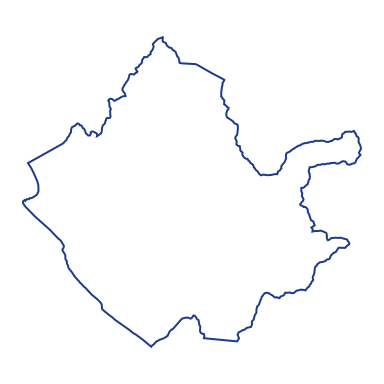 Ascope, La Libertad, Peru (Albers equal-area conic projection)
{"feature_id": "86281439B48399127015258", "entity_name": "Ascope", "entity_type": "district", "adm_level": 2, "iso_a3": "PER", "parent_name": "Peru", "parent_adm1": "La Libertad", "projection": "albers", "projection_center": [-79.075, -7.694], "detail": "fine", "context": "isolated", "style": "outline", "palette": "blue", "viewbox_px": 384, "rotation_deg": 0, "n_neighbors": 0, "source": "geoboundaries", "source_scale": "gbopen_adm2", "svg_char_len": 5970}
<svg xmlns="http://www.w3.org/2000/svg" viewBox="0 0 384 384"><path d="M285.8,155.1L286.2,158.2L284.9,161.3L284.3,162.5L281.6,165.7L281.2,166.9L281.4,168.2L280.8,168.8L280.2,170.1L278.1,171.6L277.6,172.6L277.6,173.6L277.3,174.2L274.9,174.1L270.9,175.0L267.2,175.2L263.5,174.6L261.1,175.3L259.5,174.3L257.6,171.4L255.8,169.9L254.9,168.3L253.9,167.4L252.9,164.5L252.1,164.2L250.2,162.7L249.6,161.3L248.5,160.7L247.6,159.0L246.0,158.7L243.9,157.3L242.3,154.6L242.6,152.5L241.0,151.3L240.4,150.4L239.8,146.2L238.0,145.8L236.4,144.4L236.7,142.2L236.3,140.3L235.2,138.4L235.6,136.8L236.9,135.1L237.3,133.8L237.9,128.3L237.7,125.2L237.5,124.7L234.5,123.3L232.6,121.0L227.1,117.4L226.4,115.5L226.3,113.4L227.3,110.3L228.5,109.1L228.5,107.7L227.2,107.1L226.1,105.7L224.1,104.3L224.3,100.3L222.7,98.6L221.2,96.4L221.3,91.8L221.9,87.0L222.6,84.9L222.4,83.4L224.2,80.4L224.3,79.8L209.7,72.0L197.6,65.0L195.4,64.1L181.3,63.3L179.5,62.8L179.4,60.6L178.7,58.9L178.5,57.6L177.2,56.3L175.8,52.3L174.2,50.7L172.5,49.8L171.6,48.1L169.4,47.6L167.4,46.0L166.8,45.4L165.8,42.9L163.9,42.2L162.7,41.4L162.6,39.4L162.9,37.3L162.5,37.3L157.8,39.0L152.9,43.9L152.8,44.2L153.5,46.0L153.6,47.1L152.4,50.0L150.6,52.1L150.6,54.2L149.3,54.9L146.8,57.3L145.1,57.0L143.9,57.2L143.4,58.5L142.4,59.4L141.9,62.3L141.4,63.4L139.2,65.3L138.3,67.0L135.9,68.0L135.6,68.4L136.4,70.4L137.4,71.5L136.9,72.6L135.9,72.7L133.9,74.6L131.7,74.0L130.0,74.3L129.5,74.8L128.2,79.5L124.6,84.7L122.5,88.5L122.5,90.4L124.5,93.0L125.3,94.7L125.5,96.1L123.4,96.2L121.8,96.7L118.6,98.8L117.1,99.2L115.8,100.3L114.7,100.8L113.6,100.4L112.6,99.3L110.6,98.7L109.8,98.9L108.3,100.3L108.4,101.0L109.1,101.7L109.3,102.6L109.5,106.7L110.6,108.3L110.8,109.2L110.2,110.7L110.1,111.6L110.5,116.8L109.9,117.8L109.0,118.1L107.0,118.0L106.1,119.0L105.9,120.4L105.3,121.3L105.1,123.2L103.1,125.2L102.5,126.2L102.1,127.8L101.6,132.0L101.0,133.5L96.9,136.2L97.1,135.0L96.8,133.6L96.4,133.2L93.0,131.5L91.6,131.6L90.9,132.0L90.7,132.4L90.8,133.7L90.0,135.4L88.2,135.5L85.7,133.0L85.2,130.9L84.7,130.3L84.4,129.3L83.7,128.5L82.8,128.1L81.7,125.8L81.2,125.4L80.1,125.4L79.1,124.1L77.8,123.5L76.9,123.7L75.6,125.3L71.9,127.3L71.1,129.4L71.0,132.2L69.9,133.8L69.0,135.9L67.2,138.0L66.4,140.2L65.1,141.1L63.3,143.3L28.0,163.1L31.4,168.4L33.9,173.5L37.5,181.8L38.3,185.0L38.5,190.5L38.3,191.9L37.8,192.6L37.1,194.4L36.5,195.0L32.6,197.6L30.5,198.3L29.7,198.1L29.0,199.1L27.7,199.1L27.2,199.5L26.5,199.3L25.9,199.7L25.5,200.5L25.2,200.0L24.5,200.1L24.0,200.9L23.0,201.3L23.1,203.4L25.5,206.8L35.4,216.9L50.8,230.6L52.2,232.3L58.6,238.9L59.9,239.8L61.3,241.5L63.9,245.9L63.6,247.7L62.5,249.2L62.5,250.4L65.3,255.0L65.4,258.9L66.8,261.2L66.9,263.4L68.0,265.5L68.3,267.3L68.9,268.5L72.4,272.9L74.0,275.6L77.8,280.1L79.5,281.7L79.9,282.6L82.0,284.4L83.4,286.2L85.4,287.8L91.9,294.8L97.6,299.5L100.8,302.9L101.7,304.4L102.0,308.5L102.4,309.5L108.7,314.7L112.8,317.7L114.4,319.4L128.2,329.1L133.5,333.3L135.6,334.4L142.7,339.6L151.2,346.7L152.1,345.5L153.3,344.8L156.3,341.6L159.9,339.6L161.8,339.1L164.2,338.0L166.1,337.0L166.9,336.1L167.5,336.0L169.7,331.3L171.6,329.5L172.9,329.0L181.8,318.8L184.6,317.9L187.1,317.5L189.7,318.2L190.3,318.6L191.2,318.4L191.7,318.1L193.4,315.6L193.9,315.4L195.6,316.6L196.9,319.0L198.6,320.2L199.3,324.8L200.3,326.5L200.0,331.1L200.6,332.6L201.8,333.6L203.9,334.0L204.4,336.4L203.9,338.2L237.1,341.4L239.0,338.4L237.6,334.6L238.6,332.4L241.1,331.2L242.4,330.2L244.3,329.8L246.7,327.9L251.0,326.9L252.0,324.4L252.1,323.6L251.8,322.8L252.1,321.2L253.7,319.5L254.9,314.8L256.0,313.4L256.4,312.4L256.4,309.9L257.1,306.5L258.3,305.5L259.2,304.0L260.6,299.8L261.2,299.0L261.6,297.1L264.6,293.3L266.4,292.7L268.4,293.1L273.0,295.8L274.5,297.3L275.6,297.5L276.9,297.2L278.3,297.9L279.6,298.1L280.5,296.5L282.6,295.9L284.3,294.7L284.9,293.0L285.3,292.6L287.1,292.8L289.8,292.5L292.0,293.2L292.8,293.2L294.0,292.9L296.5,290.7L298.3,290.4L300.7,289.6L301.9,289.7L302.6,290.0L303.7,289.8L305.5,290.4L307.3,287.9L309.4,286.2L309.8,284.8L310.9,283.7L311.9,281.4L312.7,280.9L313.2,279.9L312.7,277.9L312.8,276.9L314.3,273.4L314.9,267.8L315.5,266.5L316.7,265.7L317.0,264.5L320.1,262.2L321.2,262.2L324.0,261.6L325.9,260.7L326.8,259.5L328.6,259.3L329.6,258.7L330.3,257.4L330.4,256.4L331.4,255.0L333.8,252.7L335.6,252.2L338.4,248.0L338.9,247.7L345.1,247.9L346.9,246.0L349.2,244.3L349.3,243.4L349.1,242.8L346.9,239.4L342.8,238.4L341.2,237.7L338.2,237.9L335.2,237.7L331.4,238.1L329.3,239.7L327.9,240.3L327.5,239.9L326.8,237.7L326.9,235.4L326.4,233.2L326.0,232.8L322.7,231.3L320.4,230.6L317.6,231.1L315.1,231.0L312.4,231.6L312.7,229.3L312.1,228.2L311.4,227.6L313.1,226.3L314.1,225.9L314.7,225.1L313.8,223.1L313.5,221.7L310.9,220.0L308.8,213.6L307.9,212.4L307.7,209.6L307.0,208.5L305.8,207.2L304.6,206.9L303.7,207.0L303.5,206.6L300.6,205.2L300.2,204.8L300.2,204.2L301.8,202.1L302.7,201.2L303.5,199.8L303.4,198.8L302.0,196.5L302.2,193.1L301.3,191.1L301.3,187.9L303.0,187.8L304.4,187.1L305.8,185.6L307.7,184.2L307.8,183.3L308.3,182.4L308.6,180.3L309.6,179.1L309.9,177.0L309.6,175.0L309.8,173.9L309.0,172.8L308.7,171.5L309.6,167.3L312.8,167.1L313.3,166.7L315.5,166.3L317.3,165.0L318.8,164.7L320.0,164.9L322.6,164.0L324.8,164.4L326.8,163.7L329.7,163.6L330.5,163.0L332.2,163.1L334.4,162.7L336.8,163.6L338.7,163.5L342.6,161.2L345.1,161.5L346.2,162.3L346.9,164.0L347.7,164.4L349.4,164.7L350.2,164.6L351.9,163.7L354.0,163.4L355.4,162.4L357.0,158.6L358.2,157.6L360.5,154.9L359.3,153.6L359.0,152.4L361.0,148.8L360.4,145.6L358.6,142.2L358.6,138.0L358.2,137.3L356.6,136.1L355.9,134.0L355.4,133.1L354.9,133.0L354.3,131.3L353.9,131.0L351.5,131.9L349.9,131.6L345.5,131.8L344.7,132.2L343.9,133.3L342.3,134.0L341.9,137.2L341.0,138.1L337.9,139.4L335.5,138.9L334.3,139.1L331.7,141.0L330.4,141.1L328.3,142.0L326.0,141.8L325.1,141.3L321.5,140.5L320.5,140.9L314.9,140.8L313.7,141.7L310.3,141.9L308.9,142.5L303.5,143.5L301.2,144.5L300.3,145.4L299.1,145.5L298.3,145.8L292.1,149.7L290.1,151.4L286.6,153.1L285.8,155.1Z" fill="none" stroke="#1e3a8a" stroke-width="2"/></svg>